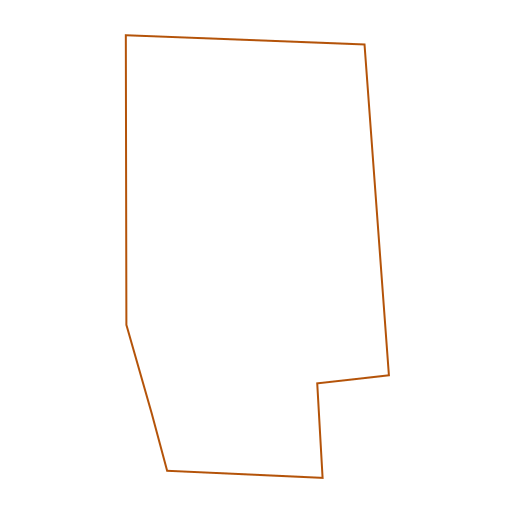 Fayyum City, Al Fayyum, Egypt, rotated 179°
{"feature_id": "37247803B49261326337106", "entity_name": "Fayyum City", "entity_type": "district", "adm_level": 2, "iso_a3": "EGY", "parent_name": "Egypt", "parent_adm1": "Al Fayyum", "projection": "equal_earth", "projection_center": [30.883, 29.214], "detail": "fine", "context": "isolated", "style": "outline", "palette": "amber", "viewbox_px": 512, "rotation_deg": 179, "n_neighbors": 0, "source": "geoboundaries", "source_scale": "gbopen_adm2", "svg_char_len": 296}
<svg xmlns="http://www.w3.org/2000/svg" viewBox="0 0 512 512"><g transform="rotate(179 256 256)"><path d="M386.8,189.4L385.8,185.7L363.0,100.4L348.6,42.8L193.3,33.0L197.0,127.6L125.2,134.4L143.5,460.1L143.8,465.6L382.3,479.0L386.8,189.4Z" fill="none" stroke="#b45309" stroke-width="2"/></g></svg>